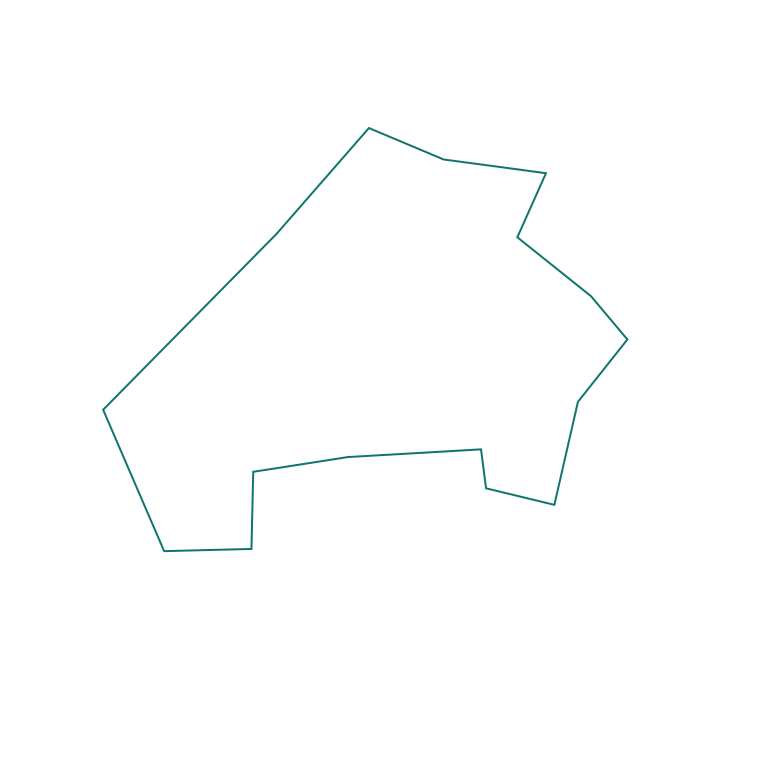 Dzhizak city, Jizzakh, Uzbekistan, rotated 127°
{"feature_id": "79887680B67219555279556", "entity_name": "Dzhizak city", "entity_type": "district", "adm_level": 2, "iso_a3": "UZB", "parent_name": "Uzbekistan", "parent_adm1": "Jizzakh", "projection": "albers", "projection_center": [67.829, 40.084], "detail": "fine", "context": "isolated", "style": "outline", "palette": "teal", "viewbox_px": 768, "rotation_deg": 127, "n_neighbors": 0, "source": "geoboundaries", "source_scale": "gbopen_adm2", "svg_char_len": 370}
<svg xmlns="http://www.w3.org/2000/svg" viewBox="0 0 768 768"><g transform="rotate(127 384 384)"><path d="M378.0,175.2L281.5,218.4L202.0,216.4L189.3,271.5L186.6,365.8L118.2,381.5L168.8,471.5L188.7,550.1L328.1,560.1L573.6,592.8L649.8,459.0L595.5,390.6L532.8,435.6L464.0,368.8L377.8,267.2L405.9,239.7L378.0,175.2Z" fill="none" stroke="#0f766e" stroke-width="2"/></g></svg>